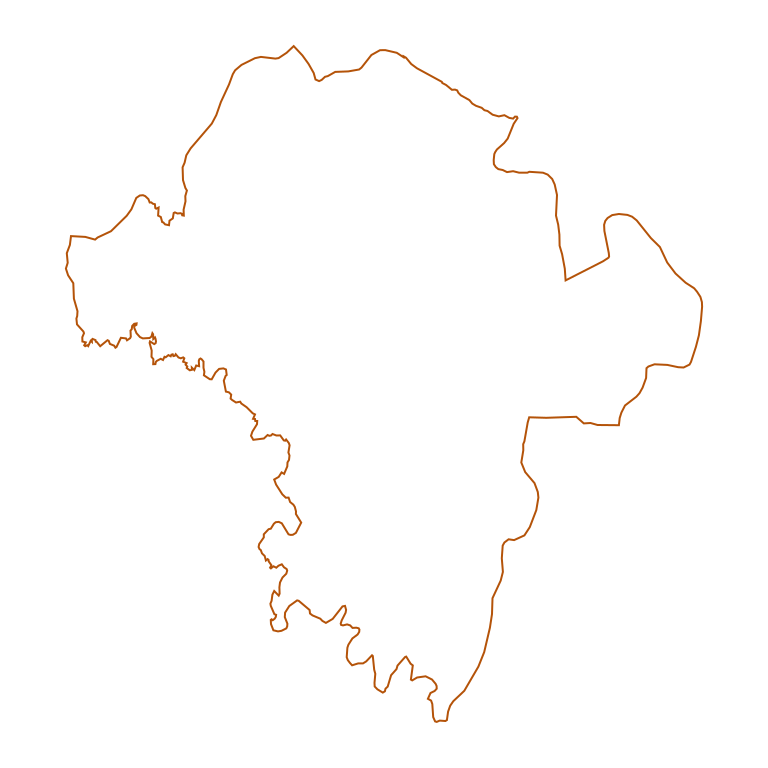 outline of Ioba, Ioba, Burkina Faso
{"feature_id": "67063806B47797635439115", "entity_name": "Ioba", "entity_type": "district", "adm_level": 2, "iso_a3": "BFA", "parent_name": "Burkina Faso", "parent_adm1": "Ioba", "projection": "equal_earth", "projection_center": [-3.138, 11.037], "detail": "fine", "context": "isolated", "style": "outline", "palette": "amber", "viewbox_px": 768, "rotation_deg": 0, "n_neighbors": 0, "source": "geoboundaries", "source_scale": "gbopen_adm2", "svg_char_len": 6045}
<svg xmlns="http://www.w3.org/2000/svg" viewBox="0 0 768 768"><path d="M517.5,118.1L516.9,116.7L515.0,116.6L513.1,118.6L509.3,117.9L504.4,115.2L498.8,116.4L492.6,114.7L487.5,111.0L484.4,110.2L481.7,107.8L476.0,105.8L472.3,103.6L469.4,100.1L460.8,95.3L458.3,92.7L457.2,90.4L455.0,89.6L451.9,89.8L446.1,85.0L442.3,83.0L441.8,81.8L417.0,68.3L411.2,64.0L406.0,57.7L403.6,56.3L403.6,57.3L396.8,52.8L385.2,50.1L380.0,50.2L371.4,55.0L361.5,67.6L359.1,69.5L348.3,71.4L335.2,71.9L327.8,76.1L325.0,76.8L321.7,79.9L319.1,81.1L315.5,79.5L313.7,73.0L308.6,64.0L302.4,55.4L293.7,46.1L286.6,52.8L278.6,58.1L275.4,58.6L260.9,56.9L254.9,58.2L241.5,64.9L235.1,70.3L232.8,74.2L229.0,84.5L220.9,102.0L216.3,115.1L211.8,123.6L190.6,148.4L186.3,155.3L184.6,162.7L182.6,167.3L183.0,180.1L185.4,188.0L186.9,190.5L185.3,196.1L185.5,201.3L183.6,209.7L183.8,215.6L182.2,215.3L181.8,213.7L180.4,213.2L177.5,213.5L174.9,212.4L173.7,213.0L172.8,218.4L169.5,220.7L169.0,225.2L165.1,224.4L163.3,222.4L162.2,222.1L160.8,217.0L158.1,215.6L158.6,207.5L156.2,208.7L155.3,208.0L154.9,204.2L152.8,203.7L151.3,202.4L149.7,202.5L148.4,199.1L145.2,196.1L143.0,195.2L139.8,195.5L136.3,197.9L131.4,209.3L126.7,215.8L111.0,231.2L97.6,237.5L95.1,239.6L85.3,236.9L71.0,236.1L69.9,244.9L66.8,253.2L67.7,262.8L65.9,268.6L68.1,275.3L73.3,283.2L73.9,298.7L77.5,311.2L77.2,316.0L76.4,318.6L77.0,324.4L83.4,331.5L84.0,333.2L82.3,337.2L82.4,341.5L85.8,342.4L84.2,345.3L85.2,346.2L87.3,345.2L88.2,346.1L90.7,340.8L91.9,341.9L91.8,339.9L92.5,338.9L95.5,340.1L95.8,341.7L96.7,341.9L100.2,346.2L107.5,340.2L108.7,340.8L109.9,343.9L114.2,345.7L115.4,347.7L116.5,347.0L120.9,337.8L126.0,338.4L127.0,340.3L130.1,338.2L130.8,336.7L130.5,330.6L131.7,329.3L132.2,325.9L134.2,323.8L136.6,323.4L136.4,324.9L134.3,326.1L134.2,327.7L136.5,333.2L140.0,337.1L142.8,338.4L149.6,338.0L151.4,336.6L152.4,333.2L153.1,334.2L153.3,339.0L155.0,337.4L155.5,338.7L156.0,341.4L155.6,343.2L154.2,344.1L150.0,341.4L149.6,342.9L151.7,350.6L151.5,356.8L153.4,359.2L153.2,364.2L155.4,364.1L155.8,362.0L156.8,360.9L160.7,358.8L163.0,360.0L164.5,356.8L165.7,357.3L168.4,355.1L170.7,356.3L171.4,354.7L172.7,354.3L173.4,356.1L174.8,355.8L175.7,354.2L178.5,357.5L180.8,358.3L183.2,357.4L184.3,358.3L183.1,361.7L186.6,363.1L185.6,364.7L187.3,366.5L186.7,368.0L189.8,370.3L191.9,369.8L191.8,367.6L194.3,370.1L196.2,365.5L199.1,366.2L198.8,360.9L199.3,359.3L200.5,358.5L201.6,359.2L203.5,361.5L203.5,367.8L204.4,371.8L203.9,375.3L209.8,379.2L211.7,379.3L215.5,372.6L219.1,368.9L223.4,368.4L226.0,369.5L226.7,375.0L225.6,375.9L223.8,380.7L225.9,391.6L228.9,392.3L231.2,394.6L230.6,398.6L232.0,399.9L236.0,402.5L240.2,401.7L241.3,403.5L246.6,407.2L252.7,413.3L255.0,414.4L253.1,418.8L255.0,419.0L255.3,421.0L257.2,421.0L257.0,424.2L252.4,431.6L251.0,435.8L253.3,439.8L263.9,438.5L267.6,435.0L269.3,435.8L271.0,435.5L272.5,434.0L276.4,435.5L280.2,435.4L283.8,440.4L285.2,440.7L286.1,439.5L288.8,443.0L289.6,445.3L288.4,452.5L289.5,455.5L289.0,459.9L287.5,462.4L287.3,466.4L284.1,473.9L281.6,472.4L278.7,476.9L274.2,479.5L276.1,484.6L282.3,494.3L285.8,497.7L288.6,497.6L290.1,502.0L293.4,504.7L294.8,506.9L296.0,511.4L295.9,514.0L301.2,522.6L295.9,532.9L292.8,534.8L290.4,534.9L288.5,534.3L281.8,523.3L278.8,521.9L275.7,522.2L273.9,523.7L270.8,528.7L268.6,529.2L263.8,534.3L263.8,537.4L259.2,544.0L258.6,547.0L259.5,549.1L260.8,550.1L262.0,553.4L264.7,556.0L265.9,560.5L267.6,559.1L268.5,559.8L268.7,561.4L271.4,565.2L270.1,567.7L270.9,568.4L273.5,566.3L276.3,567.7L278.5,565.7L281.8,564.3L284.0,567.3L286.6,569.0L287.2,570.6L286.3,573.7L282.5,577.5L280.0,582.5L279.4,587.3L279.6,593.7L278.7,595.6L274.2,591.0L272.4,594.7L271.6,600.8L270.4,603.7L270.8,605.9L274.4,614.2L276.1,614.8L275.8,616.9L274.7,618.7L272.7,620.2L271.6,619.3L270.8,619.9L271.0,624.1L273.4,630.3L278.0,631.4L281.5,630.8L286.3,628.4L287.2,626.4L287.4,623.7L284.8,617.1L285.1,612.6L289.3,606.0L297.1,600.4L298.7,600.8L309.6,610.0L310.0,613.5L312.5,615.4L320.3,618.7L322.4,620.9L325.9,622.9L332.7,618.9L342.5,606.4L345.0,605.9L346.1,609.9L345.6,612.7L341.7,620.4L340.7,623.6L341.1,624.9L343.0,625.4L347.1,624.4L350.2,625.4L352.5,627.9L356.4,627.7L358.7,628.3L359.4,629.6L359.2,631.9L357.6,634.5L352.4,638.4L348.4,644.7L347.4,647.7L346.7,657.2L347.8,660.1L350.0,663.0L352.1,665.3L358.2,663.4L363.0,663.4L366.2,661.4L372.0,655.3L372.8,656.0L374.2,669.7L375.3,673.8L374.5,682.9L374.7,686.5L377.4,689.3L382.8,692.6L384.9,691.3L385.5,688.7L387.7,686.6L391.1,675.2L396.5,669.1L397.5,665.6L405.1,657.0L406.2,656.6L410.6,663.7L412.8,665.4L410.9,679.6L412.2,680.4L417.1,677.5L425.6,676.3L432.0,679.5L435.6,683.8L436.6,686.0L436.7,688.7L434.6,691.0L430.5,693.0L427.9,698.8L431.1,700.6L432.3,704.0L433.2,717.1L435.1,721.4L436.7,721.9L439.7,720.6L445.4,721.0L446.9,720.1L448.1,711.6L450.2,705.7L453.3,701.2L464.3,690.8L478.4,666.6L484.2,652.1L489.9,627.8L492.0,614.1L492.5,598.2L500.7,580.6L502.9,571.9L501.8,558.3L502.7,545.6L504.4,542.5L508.6,539.3L514.1,540.1L524.4,535.4L529.8,527.1L536.3,510.1L538.4,497.6L537.8,492.0L534.5,483.1L525.2,472.1L521.3,462.5L523.3,450.3L523.2,444.2L524.4,441.3L527.7,422.5L529.2,417.3L546.3,417.8L576.3,416.8L583.8,423.4L590.5,423.0L597.6,425.0L618.9,425.2L619.7,418.0L621.4,412.6L625.0,405.5L636.4,396.7L639.5,393.2L642.6,387.6L646.1,378.0L646.5,368.2L648.4,366.5L654.5,364.3L667.3,364.9L678.2,367.2L683.6,367.5L689.5,364.6L691.0,361.9L695.9,346.9L698.9,335.3L700.9,321.0L702.1,306.7L701.9,302.1L700.4,296.9L697.1,291.8L694.2,288.3L685.6,282.7L675.5,273.5L667.2,262.5L659.9,247.0L650.9,238.1L636.7,220.4L632.1,216.7L627.4,214.9L618.9,214.0L612.2,215.1L607.6,218.0L605.3,220.9L604.1,224.8L604.4,231.0L608.8,253.1L609.1,256.5L608.5,257.7L603.0,261.3L565.6,280.4L564.8,268.7L562.1,254.2L559.6,245.7L559.4,234.6L558.2,224.7L556.0,215.6L557.0,195.0L554.7,184.5L552.2,179.0L547.7,174.6L543.0,172.7L529.3,171.8L527.3,172.7L519.2,172.7L513.1,171.2L507.0,172.1L502.7,170.0L498.3,169.1L495.8,167.1L493.9,164.2L493.7,160.1L494.3,154.1L495.2,152.1L496.9,149.5L504.1,143.1L507.7,138.6L513.7,123.8L517.5,118.1Z" fill="none" stroke="#b45309" stroke-width="2"/></svg>